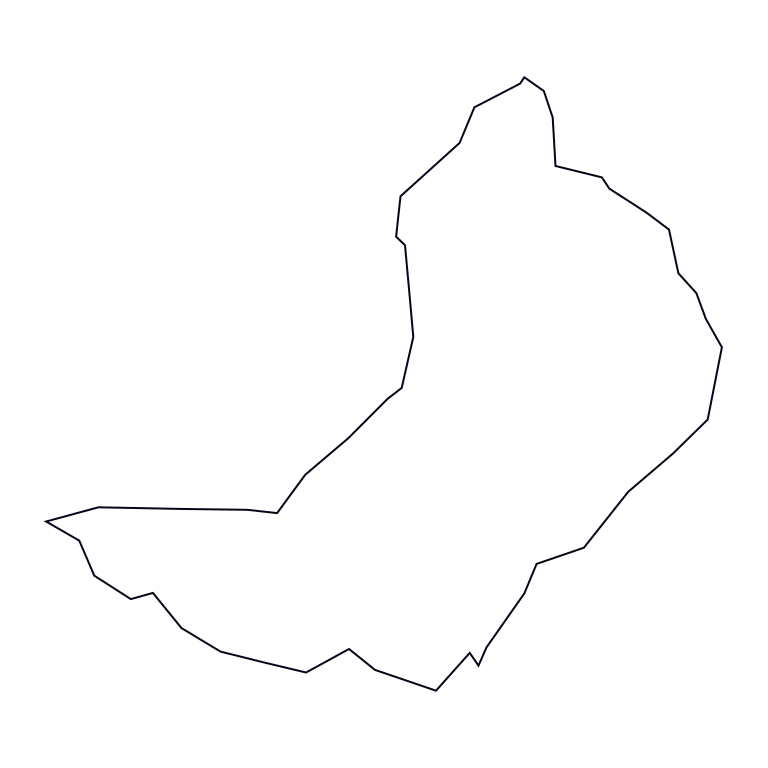 Agia Marinouda, Paphos, Cyprus
{"feature_id": "46923920B24461957866054", "entity_name": "Agia Marinouda", "entity_type": "district", "adm_level": 2, "iso_a3": "CYP", "parent_name": "Cyprus", "parent_adm1": "Paphos", "projection": "orthographic", "projection_center": [32.475, 34.762], "detail": "fine", "context": "isolated", "style": "outline", "palette": "ink", "viewbox_px": 768, "rotation_deg": 0, "n_neighbors": 0, "source": "geoboundaries", "source_scale": "gbopen_adm2", "svg_char_len": 720}
<svg xmlns="http://www.w3.org/2000/svg" viewBox="0 0 768 768"><path d="M478.5,665.6L486.5,647.4L524.4,593.3L536.6,563.9L583.9,547.7L628.3,491.7L672.8,453.7L707.7,419.5L721.9,347.3L705.8,318.8L696.4,293.2L678.4,273.3L669.0,229.6L646.3,212.5L609.4,188.7L601.9,177.4L555.5,166.0L552.7,117.5L543.8,91.0L524.3,77.3L520.1,83.6L474.4,107.3L459.6,142.9L400.5,196.3L396.1,236.7L405.0,245.2L409.2,291.1L413.3,337.0L401.7,387.9L387.6,398.8L348.5,438.0L305.3,474.7L277.1,513.1L247.2,509.8L184.8,509.0L98.4,507.3L46.1,521.5L79.3,540.7L94.3,575.7L130.8,599.1L152.9,592.9L181.5,628.1L220.5,651.6L262.0,662.0L306.1,672.5L349.0,649.0L375.0,669.9L436.0,690.7L469.7,652.9L478.5,665.6Z" fill="none" stroke="#020617" stroke-width="2"/></svg>